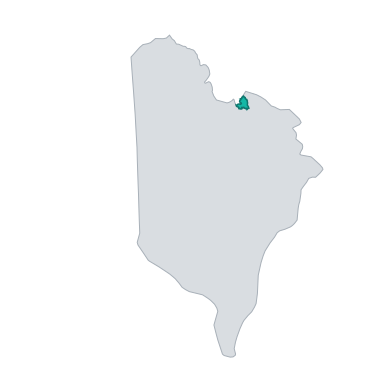 Tall Kalakh, Homs (Hims), Syria shown in context, rotated 122°
{"feature_id": "27442178B60418009452869", "entity_name": "Tall Kalakh", "entity_type": "district", "adm_level": 2, "iso_a3": "SYR", "parent_name": "Syria", "parent_adm1": "Homs (Hims)", "projection": "equal_earth", "projection_center": [36.286, 34.74], "detail": "fine", "context": "in_parent", "style": "filled", "palette": "teal", "viewbox_px": 384, "rotation_deg": 122, "n_neighbors": 0, "source": "geoboundaries", "source_scale": "gbopen_adm2", "svg_char_len": 4392}
<svg xmlns="http://www.w3.org/2000/svg" viewBox="0 0 384 384"><g transform="rotate(122 192 192)"><path d="M75.2,136.3L77.9,136.6L83.9,140.4L84.8,140.3L86.6,135.2L88.4,133.5L92.0,132.0L93.1,123.8L94.8,122.2L96.8,121.3L100.0,121.2L102.7,120.7L102.9,119.2L99.1,109.7L99.4,107.3L101.2,97.8L102.4,94.1L103.5,92.9L107.9,93.4L114.0,95.0L115.6,97.8L118.6,100.2L123.1,100.0L128.2,100.5L132.3,100.7L135.5,98.9L142.7,95.7L146.3,94.7L149.6,93.3L160.1,88.0L164.3,88.4L167.2,89.1L169.4,90.0L174.4,93.5L178.5,97.1L181.4,98.2L186.6,98.1L194.0,98.8L203.2,98.8L208.6,97.8L215.4,96.0L227.5,91.7L243.3,82.8L252.7,78.5L256.7,78.0L262.0,77.9L267.3,79.1L273.3,79.9L276.1,79.8L282.5,78.9L290.9,77.1L296.2,75.6L302.5,73.2L306.3,69.2L307.6,68.8L309.3,69.5L310.1,69.8L311.8,72.1L313.6,78.0L313.6,78.6L313.3,80.3L309.3,85.1L303.8,91.7L299.9,95.9L293.2,102.9L288.1,104.4L279.5,106.9L277.3,109.4L275.2,113.4L274.0,118.8L273.7,122.2L273.6,128.6L275.8,135.2L277.9,141.5L278.2,145.7L278.1,149.8L276.3,154.3L274.4,160.3L273.4,167.2L273.0,180.1L273.2,191.1L273.1,192.9L269.6,200.6L265.6,209.7L263.7,211.8L254.6,214.5L244.7,221.2L233.5,228.7L223.4,235.4L212.8,242.6L201.8,250.0L193.9,255.3L183.3,262.3L173.7,269.1L163.9,276.0L156.5,281.2L145.1,289.5L138.5,294.3L128.7,301.5L120.1,307.8L109.9,315.2L97.1,313.0L93.0,311.7L89.7,308.2L87.3,306.3L81.2,304.3L77.3,297.7L75.0,295.3L70.9,294.2L72.7,290.0L73.0,287.2L74.8,283.7L73.7,281.5L73.1,276.7L72.4,275.5L72.1,274.3L72.7,272.8L72.5,271.2L71.8,270.5L71.5,268.1L70.9,266.4L71.2,264.2L72.1,262.9L73.0,260.2L74.1,259.4L75.8,257.7L76.2,255.9L77.8,254.2L79.8,252.8L80.3,251.7L80.0,251.1L77.9,249.8L76.9,247.6L77.8,244.4L78.5,243.3L79.7,241.8L82.5,239.4L84.6,239.0L86.5,239.0L89.7,239.2L92.1,239.6L92.7,239.0L92.6,238.2L89.6,236.3L89.4,234.7L90.2,233.1L92.3,230.5L94.9,228.5L96.2,228.2L99.1,224.3L101.0,220.0L97.9,209.5L96.1,207.9L93.1,206.4L91.4,206.2L91.3,205.5L93.6,202.9L95.3,200.6L93.4,198.4L90.1,197.3L88.9,199.6L84.7,199.8L78.2,199.8L75.3,188.7L74.9,184.0L75.0,178.4L77.0,170.4L76.1,166.6L76.0,164.1L75.5,160.7L70.4,153.2L73.2,139.6L75.2,136.3Z" fill="#d9dde1" stroke="#a8b0b8" stroke-width="1"/><path d="M90.8,188.1L90.6,188.5L90.1,189.0L89.7,189.5L89.5,189.8L89.4,190.1L89.3,190.5L89.1,191.0L88.8,191.1L88.7,191.2L88.2,191.6L87.3,191.9L87.1,192.0L86.8,192.2L86.7,192.3L86.5,192.6L86.3,192.8L86.1,193.0L85.8,193.1L85.6,193.2L85.4,193.3L85.3,193.5L85.2,193.7L85.1,193.9L85.1,194.1L84.8,194.2L84.8,194.3L84.7,194.4L84.7,194.5L84.5,194.8L84.7,195.0L84.6,196.3L84.1,196.6L83.9,196.7L83.8,196.8L83.8,197.0L83.7,197.2L83.7,197.3L83.8,197.3L83.8,197.5L83.8,197.8L83.9,198.0L83.7,198.2L83.7,198.3L83.6,198.5L83.4,198.8L83.4,199.0L83.4,199.3L83.5,199.3L83.6,199.2L83.8,199.2L83.9,199.3L84.0,199.3L84.2,199.5L84.3,199.5L84.5,199.5L84.8,199.6L85.1,199.6L85.3,199.7L85.3,199.8L85.5,199.8L85.7,199.7L85.8,199.5L86.1,199.4L86.3,199.4L86.4,199.5L86.4,199.4L86.5,199.4L86.7,199.5L86.8,199.5L87.0,199.7L87.3,199.7L87.3,199.8L87.5,200.0L87.5,199.9L87.8,199.9L88.0,199.9L87.9,199.7L88.0,199.6L88.3,199.5L88.5,199.6L88.8,199.7L88.8,199.8L89.0,199.9L89.3,199.8L89.5,199.8L89.6,199.7L89.8,199.7L89.8,199.8L89.8,199.7L90.0,199.6L90.2,199.4L90.3,199.2L90.4,198.9L90.5,198.7L90.6,198.4L90.5,198.2L90.4,198.1L90.4,197.9L90.5,197.6L90.5,197.4L90.7,197.1L90.8,197.1L91.0,197.0L91.4,197.1L91.5,197.1L91.9,197.3L92.0,197.4L92.0,197.5L92.2,197.8L92.2,198.0L92.2,198.3L92.3,198.5L92.5,198.8L92.7,199.0L92.8,199.1L93.0,199.3L93.2,199.5L93.3,199.6L93.6,199.8L93.8,199.8L93.9,199.7L94.0,199.7L94.3,199.8L94.6,200.1L94.8,200.3L95.0,200.4L95.0,200.5L95.1,200.4L95.3,200.2L95.6,199.9L95.7,199.6L95.7,198.6L95.6,198.3L95.5,198.1L95.4,197.9L95.4,197.6L95.6,197.3L95.8,197.1L96.0,196.8L96.4,196.6L96.5,196.5L96.5,196.3L96.5,196.1L96.3,196.0L96.1,195.9L95.8,195.8L95.9,194.9L95.8,194.6L95.7,194.5L95.5,194.8L95.3,194.6L95.2,194.4L95.3,194.1L95.3,193.9L95.2,193.8L94.7,193.8L94.4,193.8L94.3,194.2L94.2,194.4L94.0,194.5L93.9,194.6L93.7,194.4L93.6,194.2L93.5,193.6L93.4,193.1L93.2,192.9L92.9,193.1L92.7,193.0L92.7,192.7L93.2,192.1L93.0,191.7L92.9,191.6L92.9,191.4L93.0,191.3L93.0,191.2L93.0,190.9L92.9,190.8L92.9,190.7L92.6,190.6L92.3,190.4L92.4,190.1L92.4,189.8L92.6,189.5L92.6,189.3L92.8,189.2L93.0,189.1L92.9,189.0L92.6,189.0L92.3,189.2L92.2,189.2L92.0,189.4L91.9,189.4L91.8,189.2L91.7,189.1L91.4,189.0L91.3,188.8L91.2,188.3L91.1,188.2L90.9,188.1L90.8,188.1Z" fill="#14b8a6" stroke="#0f766e" stroke-width="1.5"/></g></svg>